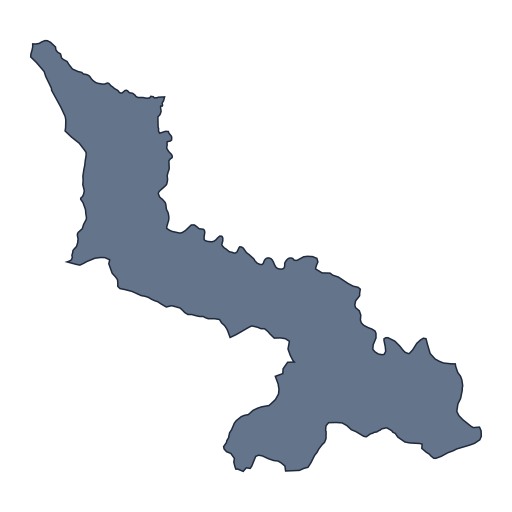 the district of Dala, Chhukha, Bhutan
{"feature_id": "84629894B52773490471005", "entity_name": "Dala", "entity_type": "district", "adm_level": 2, "iso_a3": "BTN", "parent_name": "Bhutan", "parent_adm1": "Chhukha", "projection": "orthographic", "projection_center": [89.612, 26.815], "detail": "fine", "context": "isolated", "style": "filled", "palette": "slate", "viewbox_px": 512, "rotation_deg": 0, "n_neighbors": 0, "source": "geoboundaries", "source_scale": "gbopen_adm2", "svg_char_len": 5966}
<svg xmlns="http://www.w3.org/2000/svg" viewBox="0 0 512 512"><path d="M32.7,43.9L32.7,47.0L31.9,50.7L30.9,54.0L30.7,56.9L36.5,62.6L44.2,71.6L45.7,76.4L51.4,88.2L51.6,90.3L60.9,107.3L65.2,116.5L65.8,120.2L65.6,127.6L65.1,131.0L71.5,137.1L79.2,143.2L84.8,150.5L86.1,152.5L86.1,155.6L85.3,160.2L84.7,165.6L83.9,169.4L82.9,176.0L83.1,180.6L82.8,184.6L84.3,190.8L83.6,194.1L82.5,196.5L80.7,198.2L80.7,199.3L83.0,202.6L85.5,209.7L85.8,213.5L86.5,217.9L86.3,218.6L86.3,219.3L83.6,224.4L82.3,228.7L78.2,232.4L77.4,234.0L77.4,235.8L77.8,237.5L78.1,239.4L77.8,240.8L77.8,242.2L76.6,246.2L75.7,247.5L74.7,248.3L73.2,250.2L72.9,250.8L72.7,252.7L71.9,255.3L72.3,257.4L71.6,259.4L71.2,260.0L69.3,261.1L67.0,261.9L76.3,264.4L79.9,265.1L83.9,263.2L86.7,261.6L95.0,258.2L100.5,257.5L104.8,257.6L109.7,259.8L108.8,263.8L110.3,268.0L112.2,273.3L115.6,277.0L117.5,279.7L117.8,282.8L117.8,286.4L120.0,288.6L124.6,289.5L132.0,291.4L141.2,295.6L144.6,296.2L148.3,297.3L151.2,299.1L154.4,300.6L157.9,301.8L161.3,304.1L166.3,307.0L171.5,305.7L175.1,306.6L180.0,308.0L182.4,310.1L184.8,312.6L187.9,314.5L191.6,314.5L196.7,315.9L199.7,316.5L203.2,316.5L205.4,317.7L208.2,318.7L214.5,318.7L219.5,319.5L221.5,322.8L224.6,325.6L226.4,328.2L227.6,330.6L230.1,337.5L236.2,334.6L249.0,327.2L251.9,325.9L257.7,327.3L261.0,328.7L264.5,328.7L267.8,331.4L270.0,334.0L274.2,338.1L280.5,337.9L285.4,338.7L289.4,341.3L288.0,349.0L290.2,355.2L292.7,360.1L294.3,362.0L287.6,362.3L283.1,368.8L282.8,373.6L275.3,376.3L278.2,384.1L278.4,386.0L279.0,389.3L278.5,394.1L275.4,399.6L269.1,405.5L261.7,406.8L257.3,408.3L253.0,410.4L248.3,414.6L244.6,415.3L241.3,416.6L236.3,420.6L234.4,423.1L231.5,429.9L229.6,432.7L228.5,437.9L226.9,440.5L226.4,442.6L223.6,446.6L224.1,449.0L226.5,451.7L230.8,453.4L234.4,458.4L233.8,462.1L234.8,466.2L235.8,469.1L237.7,469.1L243.2,471.4L246.3,467.8L250.2,468.4L251.7,466.2L255.7,456.4L258.6,455.2L262.4,455.9L268.3,458.7L273.9,460.6L277.9,461.0L280.9,462.7L284.9,466.0L285.6,471.0L299.4,470.4L303.8,468.4L308.0,467.3L311.0,462.6L314.6,455.4L317.0,452.4L318.8,449.0L320.1,447.3L322.1,444.7L324.5,442.4L326.0,438.7L326.1,431.6L325.6,430.6L325.9,426.4L326.4,425.3L328.6,422.7L336.1,422.5L342.1,422.9L346.9,425.6L351.3,429.7L355.9,431.6L363.7,436.3L366.3,436.8L370.7,433.7L372.6,433.3L374.0,432.4L376.9,431.9L378.7,430.7L380.1,430.2L381.6,428.9L386.0,427.9L386.9,427.9L391.6,430.6L392.8,432.2L395.3,433.4L397.8,437.1L404.9,442.0L409.5,442.9L419.6,443.5L422.1,444.1L421.8,448.4L426.1,452.1L429.5,454.3L430.7,455.8L433.8,458.3L435.9,458.3L441.1,456.4L447.9,452.7L453.1,450.8L456.8,448.9L469.4,445.2L474.6,443.3L479.8,439.8L481.3,436.3L481.1,430.9L479.5,427.1L473.3,427.6L470.9,426.2L462.8,419.7L460.6,417.4L458.8,415.5L456.8,411.4L457.9,403.9L460.6,398.5L462.3,390.0L462.2,388.6L462.7,385.7L461.9,380.1L460.6,376.4L457.7,372.4L455.7,366.5L455.3,363.9L451.2,363.8L443.4,363.0L438.9,361.1L435.1,359.0L430.2,353.6L427.6,344.9L426.0,338.7L423.4,338.2L420.6,339.9L416.8,343.3L412.6,350.0L409.3,353.5L408.1,353.5L405.0,352.2L403.2,350.4L399.7,346.0L394.8,341.1L388.0,337.7L385.8,337.7L384.0,338.8L384.0,340.6L385.2,346.3L385.7,351.3L384.2,354.3L382.4,354.7L378.5,354.1L374.9,351.8L372.8,349.3L373.2,344.7L376.0,338.0L376.0,333.4L375.0,331.0L372.2,329.2L367.9,327.5L363.7,325.3L361.4,323.0L360.4,320.0L360.8,315.1L359.3,310.8L355.5,307.6L354.8,305.1L355.6,300.9L359.6,295.8L359.7,292.9L360.3,289.2L358.1,287.3L353.2,286.2L347.9,283.4L338.3,277.0L332.8,275.2L330.0,273.1L322.0,272.9L315.7,269.0L315.6,268.3L316.4,265.5L317.9,261.9L316.9,258.4L312.6,256.6L307.4,256.3L303.6,256.8L297.0,260.4L294.3,260.3L292.8,258.5L291.8,258.1L290.0,258.0L288.8,258.3L287.7,259.0L286.4,260.3L285.0,262.5L284.7,263.7L284.7,266.0L284.2,267.5L283.7,268.4L282.0,269.1L280.7,269.1L278.5,268.8L277.3,268.3L275.8,267.1L274.4,264.5L273.5,262.2L272.2,259.9L271.0,258.7L269.5,258.1L268.5,257.9L267.5,258.0L266.5,258.3L265.3,259.2L264.3,260.6L263.3,263.3L262.4,264.3L261.4,264.6L259.7,264.3L257.2,263.2L254.7,260.6L254.2,259.4L253.3,258.4L249.1,254.6L246.9,253.0L245.8,251.8L244.1,249.2L242.7,247.6L241.0,246.9L239.7,246.8L239.2,247.4L237.0,251.9L235.4,253.0L234.1,253.1L232.4,252.4L229.3,251.7L225.9,248.9L224.2,247.9L222.1,245.5L221.8,244.5L222.8,240.8L222.8,238.1L222.3,236.8L221.6,236.2L219.7,236.1L217.4,238.1L216.3,239.5L214.2,241.1L211.9,241.8L208.5,241.5L206.8,241.2L205.0,240.5L204.1,239.4L204.1,236.9L204.8,232.3L204.4,230.4L203.8,229.6L203.1,229.2L199.4,228.8L198.7,228.4L196.7,226.6L194.5,225.0L193.4,224.9L191.2,225.0L185.5,230.5L182.1,232.6L179.9,233.1L172.1,231.4L169.8,230.4L166.7,228.4L166.8,226.6L168.7,220.1L168.8,218.9L168.9,217.3L168.4,214.0L167.9,212.2L166.6,209.8L166.2,207.7L165.9,205.0L165.5,203.3L165.1,202.4L162.3,199.2L161.1,198.4L159.6,196.9L158.3,193.8L158.5,192.7L159.2,191.4L160.0,190.6L165.0,186.2L166.5,184.6L167.1,182.6L167.6,179.6L167.2,175.6L168.2,171.7L169.0,169.7L169.2,168.2L168.9,160.8L170.1,159.1L172.1,157.7L172.3,156.3L171.6,154.6L168.6,151.4L166.9,148.6L166.7,147.1L167.2,144.8L167.0,143.6L167.2,141.7L170.2,141.1L171.6,140.0L171.7,137.2L171.3,136.1L168.8,133.0L168.3,131.5L165.6,131.3L159.6,133.2L158.5,131.0L158.6,128.6L158.1,127.0L157.9,117.0L160.1,114.4L161.1,111.5L160.5,106.9L160.8,106.0L162.1,106.2L162.6,105.3L162.1,103.1L163.6,100.7L164.6,96.9L158.2,97.2L157.6,97.6L155.0,97.9L154.2,97.7L153.2,96.7L150.8,96.3L150.0,97.5L149.4,97.9L148.3,98.1L146.4,98.2L142.9,97.5L138.1,97.5L136.1,96.6L135.0,95.1L132.7,93.3L129.8,92.8L128.9,92.3L127.6,90.8L126.5,90.3L125.2,90.4L122.3,92.8L121.4,93.1L120.2,92.9L119.4,92.5L118.1,90.7L117.4,90.2L114.4,88.5L112.7,87.0L111.0,85.8L108.8,83.4L107.4,83.0L105.4,83.8L104.2,84.1L102.7,84.1L97.8,83.3L95.9,82.6L94.2,81.5L92.6,80.2L91.3,78.8L89.8,76.5L88.5,75.4L86.5,74.5L83.4,74.0L81.7,72.4L78.0,71.5L72.4,69.0L68.7,64.2L67.1,61.5L63.2,59.4L61.8,58.2L61.3,57.2L61.0,55.4L60.4,53.8L57.6,52.2L55.9,49.9L55.5,47.0L50.5,42.3L47.4,40.7L44.9,40.6L41.5,42.0L39.2,43.4L35.6,44.0L32.7,43.9Z" fill="#64748b" stroke="#1e293b" stroke-width="1.5"/></svg>